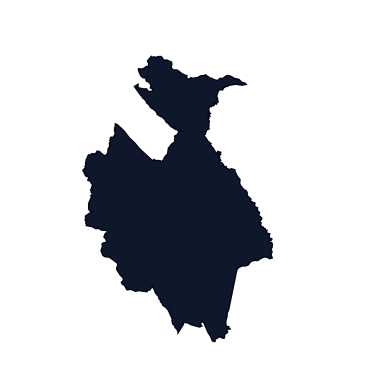 Isoka, Muchinga, Zambia, rotated 313°
{"feature_id": "96606910B95554535134500", "entity_name": "Isoka", "entity_type": "district", "adm_level": 2, "iso_a3": "ZMB", "parent_name": "Zambia", "parent_adm1": "Muchinga", "projection": "natural_earth1", "projection_center": [32.81, -10.022], "detail": "fine", "context": "isolated", "style": "filled", "palette": "ink", "viewbox_px": 384, "rotation_deg": 313, "n_neighbors": 0, "source": "geoboundaries", "source_scale": "gbopen_adm2", "svg_char_len": 6000}
<svg xmlns="http://www.w3.org/2000/svg" viewBox="0 0 384 384"><g transform="rotate(313 192 192)"><path d="M211.9,282.6L211.5,282.1L211.9,281.3L211.3,280.5L211.6,278.3L212.7,278.4L214.4,277.3L212.7,274.5L215.1,272.9L214.0,272.0L215.0,270.4L214.3,269.4L214.9,268.2L214.3,267.7L214.4,266.1L213.7,265.6L213.8,264.8L214.2,264.3L215.0,264.5L215.6,263.6L216.6,263.6L216.4,262.0L217.2,261.1L219.0,261.6L220.2,261.1L220.6,260.3L220.3,256.7L223.0,255.4L223.0,252.5L225.2,250.6L224.0,248.5L225.4,246.2L226.5,246.0L226.9,245.0L225.4,243.8L225.9,242.8L225.2,241.5L225.7,240.6L227.0,240.0L227.0,234.7L229.1,232.8L229.7,231.4L229.8,230.2L229.0,228.5L229.9,223.0L230.5,221.2L233.8,218.6L234.4,214.3L236.3,209.3L237.4,208.4L236.0,205.2L233.7,203.8L233.0,201.0L233.8,199.5L232.3,197.9L233.2,196.7L233.7,194.5L233.1,192.7L233.3,191.4L234.2,190.8L234.8,191.2L235.1,189.5L237.6,187.1L236.9,186.8L237.1,185.8L237.4,185.6L238.9,187.2L239.1,186.1L240.6,186.0L239.2,183.2L237.2,183.9L236.7,183.4L238.7,176.6L238.3,175.2L238.9,174.5L238.3,173.7L239.4,172.2L240.2,172.8L240.0,168.9L241.1,164.8L241.3,161.7L243.4,162.4L244.0,161.5L245.6,161.3L246.7,160.4L249.9,161.4L250.4,160.2L252.3,159.0L253.0,157.9L255.6,156.4L255.6,155.3L256.1,154.5L257.4,154.2L257.6,153.0L259.6,153.5L259.8,151.2L261.9,152.0L262.0,151.4L261.1,149.6L262.8,149.5L262.6,148.1L263.8,147.9L264.3,146.9L264.9,147.3L266.7,146.3L267.8,148.1L269.0,147.9L270.1,148.9L270.7,148.5L271.1,148.9L272.2,147.9L272.4,148.7L273.1,149.0L273.1,149.8L274.0,149.4L275.5,149.7L278.2,146.2L278.3,144.8L279.4,144.6L279.9,143.4L281.3,143.7L281.6,143.0L285.3,142.1L287.7,144.7L290.7,143.7L290.9,144.6L292.7,144.9L293.6,146.0L294.8,146.0L300.4,150.1L304.2,155.6L307.6,158.2L307.8,156.6L306.1,153.6L306.3,149.6L303.9,145.4L303.2,141.9L301.9,139.1L300.2,137.8L296.4,137.3L294.2,135.1L290.9,134.7L288.9,131.0L288.6,128.8L287.7,127.7L286.8,121.8L285.1,121.4L283.0,119.2L279.3,118.0L275.6,115.0L274.8,113.2L272.2,113.1L271.8,110.2L273.6,108.8L272.8,107.7L271.6,104.0L271.2,98.3L268.6,95.1L268.4,93.8L269.0,91.4L271.1,90.6L273.0,88.5L271.3,83.6L269.9,82.4L269.2,81.0L270.1,77.2L268.0,75.0L265.7,73.7L264.9,72.1L263.1,70.7L263.3,69.8L257.5,70.1L256.9,71.0L256.8,72.6L254.1,74.3L253.6,75.2L252.7,73.0L249.7,72.6L246.8,70.8L246.4,69.4L245.7,68.9L244.6,69.8L242.2,75.0L242.1,77.5L242.8,79.3L244.3,80.2L244.5,81.3L242.9,81.5L242.0,83.0L242.9,85.1L242.9,86.6L242.0,89.5L239.8,90.5L240.4,92.0L239.7,94.3L238.4,94.0L235.6,91.7L236.4,88.5L234.2,86.1L231.3,81.2L231.4,80.4L232.5,80.5L233.9,79.0L229.9,78.0L227.7,89.1L228.0,90.3L227.1,91.7L227.8,93.0L227.2,94.1L227.5,95.4L226.2,98.7L226.6,100.8L225.7,103.3L225.8,105.5L226.4,106.0L226.0,106.2L226.4,107.7L226.1,108.5L227.0,109.3L226.2,110.6L225.9,113.1L225.1,113.4L225.6,116.8L226.5,118.9L226.3,119.9L226.9,120.4L226.5,121.1L227.3,121.2L225.7,124.8L226.2,125.6L225.6,126.2L226.3,126.9L225.8,128.0L226.5,129.0L225.6,129.7L225.6,132.4L226.2,132.5L225.9,133.2L226.3,135.8L226.7,136.5L227.6,136.3L226.6,137.3L227.4,138.4L227.4,140.2L228.0,140.3L228.7,142.4L226.9,141.4L223.8,142.2L221.0,141.2L219.5,143.6L218.6,143.4L217.0,145.3L213.8,144.5L210.9,144.6L210.2,145.1L208.1,144.7L207.6,145.6L206.8,145.7L202.8,148.5L201.1,148.1L198.2,148.4L196.7,149.2L192.8,149.1L193.2,147.6L191.9,145.7L190.3,144.5L190.0,142.2L188.3,142.0L187.9,140.6L187.8,124.5L188.8,116.3L188.8,109.2L190.3,100.1L190.3,91.7L189.6,89.5L187.2,91.5L186.4,91.6L186.1,92.5L185.2,92.4L184.6,93.6L183.7,93.7L183.4,95.1L180.2,97.3L179.4,96.7L178.6,97.6L176.8,95.4L175.5,95.6L174.3,97.1L173.7,96.8L173.6,97.7L172.7,98.4L172.1,98.1L170.8,98.8L170.6,99.9L169.4,100.3L168.6,101.4L167.3,101.0L165.9,101.6L163.4,103.6L161.2,104.0L161.0,104.7L159.1,103.3L158.5,101.7L158.6,99.5L158.0,98.7L158.6,97.0L157.4,96.4L157.8,95.3L156.9,94.7L155.6,95.4L154.1,95.0L153.8,95.7L152.6,94.9L152.8,94.1L151.8,92.7L149.3,92.3L148.8,91.1L147.7,91.6L147.1,91.2L145.9,92.2L143.9,92.4L140.1,94.9L139.1,96.4L137.8,96.3L138.0,97.3L136.6,97.5L136.5,98.1L134.7,97.3L133.3,97.6L132.8,100.0L133.1,100.3L132.2,100.7L132.4,101.3L131.2,102.9L131.7,104.5L132.5,104.4L132.5,105.6L131.9,106.9L129.6,107.8L130.8,110.7L129.8,111.9L130.1,112.5L129.6,113.8L128.3,115.1L126.8,115.5L126.8,116.2L124.5,116.4L124.0,117.3L124.1,118.0L123.2,118.3L123.2,119.5L121.8,120.9L120.1,120.6L119.8,121.8L118.6,122.7L117.7,122.4L115.8,123.7L115.5,123.3L112.9,124.5L112.8,125.5L111.9,125.4L109.0,128.3L108.3,131.7L108.8,132.2L106.4,131.9L105.6,131.0L104.5,131.4L102.3,130.5L101.4,130.8L99.7,132.8L98.8,132.8L98.0,134.9L96.6,135.7L96.5,137.4L95.6,137.5L95.8,138.2L98.7,142.8L99.6,146.7L101.7,148.3L102.5,151.9L105.5,155.3L105.4,157.0L104.3,157.6L102.6,156.9L99.1,158.3L98.8,161.0L97.9,163.3L95.9,163.3L94.4,161.9L92.5,161.7L91.8,163.3L87.1,165.5L84.9,170.1L85.4,172.5L88.0,175.9L89.2,186.1L87.6,187.7L84.9,188.9L83.8,190.3L82.3,196.5L82.3,200.0L80.8,202.2L77.8,202.0L77.1,203.8L77.7,206.2L76.2,211.2L78.9,213.4L80.6,217.1L80.6,218.2L83.6,220.2L88.4,227.1L90.4,226.7L91.0,227.6L92.2,228.0L93.8,227.5L95.8,227.7L94.8,231.4L93.3,233.9L92.9,238.4L91.4,240.9L91.7,242.2L90.4,243.7L90.1,246.9L89.3,247.6L89.8,251.6L89.4,255.3L85.7,264.2L83.9,265.5L82.3,268.2L82.6,269.4L81.4,272.2L81.4,274.1L80.5,276.9L79.6,277.8L89.3,275.9L90.8,274.7L93.2,277.6L94.4,281.9L98.4,289.5L100.6,290.6L101.3,287.5L105.1,288.5L100.4,299.1L99.0,304.3L97.1,308.5L97.9,310.3L98.8,310.6L99.9,309.2L102.6,310.3L104.0,310.0L105.1,311.6L106.3,312.0L105.6,313.0L106.8,315.1L108.2,314.7L109.8,313.0L113.5,313.7L114.1,313.1L113.6,312.3L115.4,311.4L115.9,312.0L116.7,311.6L117.7,313.2L118.0,312.8L117.5,311.7L118.5,310.9L117.3,308.8L118.2,307.1L120.3,304.9L124.5,302.7L127.5,300.2L129.5,299.6L129.5,299.0L130.7,299.2L165.1,278.1L166.7,277.7L168.7,277.6L172.1,279.1L174.7,281.7L177.1,282.8L180.8,282.4L182.8,283.1L185.0,284.6L186.7,286.8L189.8,287.4L194.2,289.3L195.8,292.2L196.4,294.4L198.5,295.6L199.8,292.7L202.9,291.2L204.2,288.4L205.9,288.4L208.6,286.4L209.2,284.9L207.9,283.5L208.5,282.5L209.8,281.7L210.5,283.0L211.9,282.6Z" fill="#0f172a" stroke="#020617" stroke-width="1.5"/></g></svg>